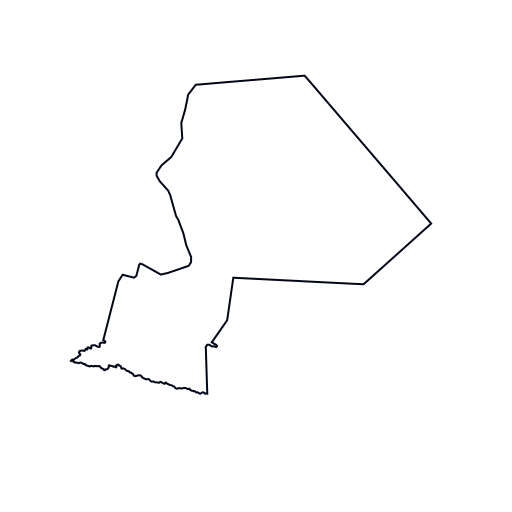 outline of Mongu, Western, Zambia, rotated 299°
{"feature_id": "96606910B8342530541372", "entity_name": "Mongu", "entity_type": "district", "adm_level": 2, "iso_a3": "ZMB", "parent_name": "Zambia", "parent_adm1": "Western", "projection": "equal_earth", "projection_center": [23.028, -15.443], "detail": "fine", "context": "isolated", "style": "outline", "palette": "ink", "viewbox_px": 512, "rotation_deg": 299, "n_neighbors": 0, "source": "geoboundaries", "source_scale": "gbopen_adm2", "svg_char_len": 5628}
<svg xmlns="http://www.w3.org/2000/svg" viewBox="0 0 512 512"><g transform="rotate(299 256 256)"><path d="M112.0,280.1L120.2,275.2L146.2,259.7L150.4,257.2L151.5,256.4L152.4,256.1L153.0,256.3L153.7,256.2L154.3,256.2L154.8,256.5L155.3,257.1L155.5,257.8L155.7,258.3L155.7,258.7L155.7,259.0L155.6,259.7L155.5,260.2L155.6,260.8L155.7,261.2L155.7,261.6L155.7,261.9L156.1,262.2L156.4,262.5L156.6,262.8L156.6,263.0L156.7,263.4L156.7,263.7L156.8,264.3L156.9,264.7L157.1,265.3L157.4,265.5L157.7,265.6L158.0,265.6L158.4,265.5L158.5,265.3L158.7,264.9L158.9,264.3L159.0,263.5L159.0,262.9L158.9,262.3L159.0,261.8L159.0,261.2L159.1,260.6L159.1,260.1L159.0,259.6L159.0,259.3L159.1,259.0L160.1,259.3L160.9,259.4L185.9,261.9L226.0,246.7L248.4,292.4L254.0,303.8L260.0,316.1L278.7,354.2L283.4,363.7L287.2,365.1L348.2,386.2L369.3,393.5L369.4,393.3L372.0,386.3L394.1,327.2L412.0,279.1L432.0,225.6L437.3,211.1L394.4,146.9L380.3,125.9L376.6,120.3L376.4,120.3L372.6,119.7L364.8,118.5L364.5,118.5L364.1,118.5L363.9,118.5L361.9,119.2L359.4,120.0L357.6,120.6L355.9,121.1L352.2,122.3L350.2,122.9L346.9,123.7L342.2,124.8L341.2,125.0L336.4,126.1L336.0,126.3L335.5,126.6L334.3,127.3L330.6,129.7L325.3,133.1L323.2,134.5L319.2,134.4L301.5,133.9L289.4,129.4L280.6,128.7L278.0,130.2L274.7,135.6L270.6,147.5L267.7,151.4L261.7,157.3L252.1,166.8L250.1,170.3L242.5,179.3L240.5,181.6L231.6,189.8L223.6,199.8L219.1,202.2L214.8,201.9L198.6,187.3L194.2,182.4L193.6,181.8L193.7,160.6L193.1,158.3L191.7,158.1L180.6,161.0L177.9,159.8L175.6,151.0L175.0,148.5L171.3,148.2L167.2,147.9L142.2,154.4L108.8,163.1L108.3,163.3L108.4,163.8L108.4,164.5L108.3,165.0L108.1,165.7L107.6,166.0L106.9,165.9L106.4,165.3L105.9,163.9L105.5,163.1L104.9,162.4L104.5,162.2L104.0,162.2L103.7,162.0L103.5,161.8L103.0,162.1L102.3,162.6L101.8,162.8L101.3,163.2L100.8,163.3L100.3,162.9L100.1,162.4L99.9,161.6L99.9,160.7L99.9,159.6L99.9,159.0L99.8,158.2L99.3,157.4L98.9,156.9L98.4,156.1L97.9,155.7L97.7,155.5L97.1,155.8L96.2,156.3L95.6,156.5L95.1,156.6L94.9,156.3L94.9,155.8L95.0,154.9L94.9,154.0L94.4,153.1L93.7,153.2L93.2,153.6L92.8,153.8L92.5,153.7L92.4,153.3L92.4,153.0L92.4,152.5L92.2,152.2L91.9,152.1L91.7,152.2L91.3,152.4L91.0,152.2L90.5,152.0L89.9,152.0L89.6,151.8L89.6,151.0L89.1,150.1L88.8,149.4L88.2,148.7L87.8,148.1L87.3,147.8L86.6,147.7L85.9,147.9L85.3,148.4L85.1,148.9L85.1,149.1L85.2,149.4L84.9,149.7L84.6,150.1L83.8,150.3L83.1,149.8L82.8,149.6L82.5,149.3L82.0,149.1L81.8,149.1L81.5,149.2L80.9,149.0L80.4,148.8L80.1,148.4L79.5,148.1L78.9,147.7L78.6,147.5L78.0,147.2L77.4,147.1L77.0,146.7L76.8,146.3L76.3,145.6L75.8,145.3L75.3,145.1L74.6,145.0L74.7,146.0L75.0,146.3L75.0,146.6L75.2,146.9L75.4,147.7L75.2,148.1L74.9,148.4L74.9,149.4L75.2,148.7L75.2,149.3L75.3,149.7L75.4,149.8L75.4,150.2L75.5,150.3L75.8,150.8L76.0,151.6L76.1,152.0L76.3,152.9L76.5,153.1L77.2,153.5L77.6,154.0L77.9,154.5L78.0,155.3L78.0,157.0L77.9,157.3L78.0,157.5L78.1,158.0L78.4,158.3L78.5,158.6L78.5,159.2L78.2,159.4L78.0,160.7L78.4,161.9L78.5,162.4L78.6,163.1L78.7,164.0L79.3,164.5L79.7,164.8L79.8,165.1L80.2,165.6L80.7,167.4L81.0,167.7L81.2,168.2L81.6,168.4L81.8,168.4L81.9,168.8L82.2,169.4L82.4,170.0L82.8,171.1L83.2,171.3L83.7,171.9L83.8,172.7L83.8,173.0L83.7,173.2L83.5,173.3L83.4,173.4L83.4,173.7L83.3,174.3L83.0,174.8L82.9,175.3L83.0,176.1L83.2,176.7L83.2,177.0L83.2,177.3L83.2,177.5L82.9,177.7L82.5,178.3L82.8,179.1L83.5,179.4L84.0,179.5L84.6,180.6L86.2,181.2L86.5,181.2L86.8,181.1L87.4,181.1L87.9,180.8L88.9,180.3L89.3,180.8L89.5,182.1L89.7,182.5L90.1,183.6L90.0,184.4L90.1,185.1L90.6,185.6L90.7,187.0L90.9,187.7L91.6,187.6L91.7,187.4L92.5,186.8L93.4,187.3L94.1,187.8L94.2,188.6L93.9,189.2L93.9,190.0L94.0,191.1L93.2,192.1L92.7,192.4L92.5,192.8L92.5,193.3L92.6,193.6L92.9,193.7L93.2,194.0L93.5,195.2L93.5,196.5L93.4,197.0L93.2,197.4L93.0,198.4L93.0,199.1L93.4,199.8L93.4,201.1L93.2,201.7L93.0,202.0L93.2,202.6L93.4,202.8L93.4,203.6L93.1,204.5L93.0,204.8L93.2,205.1L93.0,206.1L92.7,206.4L92.2,206.9L92.2,207.3L92.2,208.1L92.2,208.3L92.5,208.8L92.7,209.1L93.1,209.4L93.4,209.7L93.5,209.9L94.2,210.4L94.6,211.3L95.0,211.6L95.2,211.9L95.5,212.4L95.5,213.0L95.5,213.6L95.2,214.4L94.7,214.9L94.8,215.4L94.6,217.1L94.6,217.6L94.8,217.9L94.8,218.6L94.8,219.3L94.8,219.5L95.3,220.3L95.8,220.9L96.0,221.2L96.0,221.3L96.3,221.9L96.3,222.3L96.2,222.7L96.0,223.1L95.5,224.4L95.5,225.6L95.9,226.1L96.0,226.4L96.3,226.8L96.5,226.9L96.6,227.2L96.5,228.0L96.5,228.4L96.5,228.7L96.6,228.9L97.0,229.8L97.2,230.3L97.4,230.4L97.5,230.9L97.5,231.1L97.9,231.7L98.0,232.4L98.1,232.6L98.7,233.1L98.9,233.1L99.3,233.2L99.7,233.6L99.8,234.6L99.8,234.9L99.7,235.6L99.7,237.3L99.9,238.0L100.4,238.2L100.8,238.1L101.5,238.3L101.6,239.0L101.3,239.7L101.3,241.1L101.5,242.3L101.4,242.6L101.4,243.2L101.7,243.7L102.0,245.5L102.0,246.2L101.9,246.5L101.9,246.8L102.1,247.0L102.2,247.6L101.8,248.5L101.5,249.1L101.4,249.8L101.4,250.7L101.5,250.9L101.7,251.2L102.1,251.7L102.4,252.1L102.8,252.3L103.0,252.6L103.4,253.3L103.8,254.7L104.1,255.2L104.3,255.4L104.8,256.0L105.1,256.4L105.6,256.9L106.2,258.0L106.5,259.1L106.5,260.4L106.8,261.4L107.2,261.7L107.7,262.2L107.6,262.4L107.5,262.5L107.0,263.4L107.0,264.2L107.0,264.7L107.0,264.9L107.1,265.0L107.1,265.3L107.5,266.4L107.5,267.3L107.8,267.7L108.1,268.0L108.1,268.3L108.0,268.6L107.8,269.3L107.8,270.4L108.2,270.9L108.3,270.9L108.3,271.0L108.4,271.4L108.4,272.0L108.4,272.3L108.4,272.7L108.4,273.0L108.4,273.8L108.6,274.1L109.0,274.3L109.6,274.6L110.2,275.0L110.8,275.3L111.1,275.6L111.1,275.9L111.2,276.5L111.2,277.0L111.0,277.4L110.9,277.7L110.9,278.0L110.9,278.3L111.1,278.4L111.3,278.6L111.6,278.8L111.9,279.2L111.9,279.7L112.0,280.1Z" fill="none" stroke="#020617" stroke-width="2"/></g></svg>